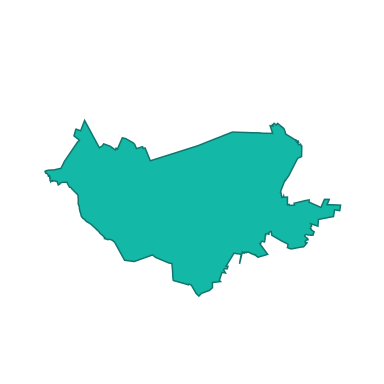 outline of Mapimí, Durango, Mexico, rotated 291°
{"feature_id": "50627088B7119871400855", "entity_name": "Mapimí", "entity_type": "district", "adm_level": 2, "iso_a3": "MEX", "parent_name": "Mexico", "parent_adm1": "Durango", "projection": "robinson", "projection_center": [-104.148, 26.158], "detail": "fine", "context": "isolated", "style": "filled", "palette": "teal", "viewbox_px": 384, "rotation_deg": 291, "n_neighbors": 0, "source": "geoboundaries", "source_scale": "gbopen_adm2", "svg_char_len": 5570}
<svg xmlns="http://www.w3.org/2000/svg" viewBox="0 0 384 384"><g transform="rotate(291 192 192)"><path d="M104.1,153.5L106.4,163.0L119.1,177.7L117.9,181.5L117.4,195.8L118.0,198.9L111.2,202.2L106.4,204.3L102.7,206.2L104.1,222.0L104.9,222.2L104.9,224.6L99.4,231.5L98.9,231.9L97.3,235.7L100.8,237.2L106.3,243.5L110.0,245.4L114.8,243.5L118.6,250.7L119.3,249.2L127.7,248.8L128.4,252.3L130.7,249.4L132.0,249.7L132.9,252.4L135.5,252.2L134.9,250.3L143.5,252.0L149.8,253.0L151.5,260.1L151.2,260.3L150.2,260.5L142.0,262.1L142.9,262.0L154.0,260.5L153.5,261.5L153.9,261.8L153.6,262.3L153.6,262.5L154.3,262.2L154.6,262.4L154.7,264.2L155.2,264.1L155.2,264.3L155.6,265.1L156.0,266.4L156.1,267.7L156.1,267.8L155.8,268.3L155.7,272.0L155.7,273.2L156.1,273.3L156.1,274.1L155.5,274.4L155.1,275.6L155.2,276.1L154.8,276.9L154.7,277.0L155.7,278.2L160.9,285.0L168.0,273.9L168.6,274.5L168.9,274.1L171.0,274.8L171.3,277.5L171.5,277.5L172.0,277.6L172.4,277.4L172.6,277.3L172.9,277.3L173.3,277.1L174.4,277.1L175.1,276.8L175.3,276.6L177.1,276.2L177.3,276.3L177.3,276.2L177.6,276.2L178.1,276.0L178.9,275.9L179.0,275.7L179.3,275.7L179.7,276.8L180.2,277.1L180.1,277.9L179.9,278.2L179.9,278.4L180.0,278.9L180.1,279.0L180.5,278.7L181.6,278.4L182.9,279.1L183.2,279.4L183.4,279.7L183.5,280.1L180.2,282.0L178.4,293.2L177.7,300.4L174.3,301.0L174.2,303.5L174.6,305.4L179.8,313.8L180.5,315.3L180.9,315.9L185.8,317.6L185.9,317.1L185.9,316.9L185.3,316.2L185.4,315.9L185.7,315.7L185.9,315.6L186.3,315.4L187.5,315.5L188.0,315.8L188.1,316.0L188.2,316.3L188.7,316.8L188.8,317.3L188.9,317.5L189.0,317.5L189.4,317.1L189.6,317.0L190.0,316.6L190.2,315.7L190.3,315.4L190.4,315.0L190.5,314.4L190.7,314.1L191.0,313.6L191.1,313.2L191.3,313.0L191.6,312.9L191.8,313.0L192.4,313.0L192.6,313.2L193.3,313.8L193.3,314.1L193.4,314.3L193.4,314.7L193.4,315.8L193.5,315.9L194.0,316.9L194.1,317.3L194.1,318.0L194.5,319.3L195.1,320.2L195.1,320.4L195.3,320.6L195.7,320.4L195.9,320.4L196.2,320.3L196.5,320.3L196.9,320.1L197.2,320.3L197.5,320.2L198.1,320.3L198.4,320.2L198.6,320.3L198.7,320.1L198.7,319.5L199.0,318.8L199.2,317.4L199.3,317.1L199.6,317.1L199.9,316.6L200.0,316.6L200.3,316.3L200.3,315.6L200.5,315.7L201.0,315.7L201.5,315.5L202.0,315.4L202.8,315.4L202.9,315.5L203.0,315.7L203.0,315.8L203.3,315.7L203.6,315.4L204.4,315.3L205.0,314.4L205.2,321.8L208.1,320.9L211.7,319.9L218.7,331.1L219.7,332.9L226.5,331.5L227.5,336.6L233.0,335.4L228.6,322.6L234.3,322.8L233.2,319.9L232.6,318.3L223.8,317.9L224.5,304.9L226.6,304.2L224.9,301.3L218.1,291.4L216.4,292.4L214.4,287.7L215.2,287.2L214.2,285.7L221.5,282.9L220.0,279.7L221.1,279.0L220.6,279.0L220.0,278.9L219.6,278.5L219.5,278.4L219.3,278.2L219.1,277.8L224.0,274.8L223.9,274.6L226.2,274.5L230.4,274.5L232.6,274.5L236.1,274.6L236.0,275.0L241.9,276.5L256.3,278.0L261.5,278.7L264.3,281.6L273.8,278.2L274.5,277.8L274.4,277.3L275.6,276.2L275.3,275.9L275.1,276.0L274.8,275.2L274.4,274.6L275.1,273.6L275.9,272.7L276.0,272.4L276.5,273.8L277.6,273.0L277.2,270.6L277.9,270.3L277.6,269.1L278.0,267.9L279.7,258.7L279.8,258.7L282.9,256.3L283.9,255.3L284.2,254.9L284.9,252.5L285.0,252.7L286.1,249.1L286.4,248.5L286.7,247.3L284.8,246.7L285.5,244.0L283.5,243.3L283.5,243.2L282.6,243.9L281.9,241.2L275.6,246.3L275.2,245.1L273.9,241.6L272.8,238.6L271.5,235.0L271.7,234.9L271.6,234.5L269.7,229.0L268.7,226.6L268.8,226.6L262.4,208.2L255.7,200.8L254.7,199.8L254.4,199.5L249.9,194.5L237.4,181.0L206.2,141.9L216.3,132.4L215.1,130.9L216.6,129.6L212.6,124.6L216.0,121.3L216.7,119.7L216.9,119.0L218.1,110.9L217.6,107.5L205.2,107.0L205.7,105.4L203.8,105.3L205.4,99.2L205.3,92.3L202.8,91.7L200.1,89.6L201.6,87.9L220.3,66.1L209.2,66.1L209.2,61.3L209.0,61.1L202.1,61.7L200.8,65.9L200.5,67.0L199.8,68.4L197.8,67.3L174.8,61.9L166.9,61.2L166.9,60.7L162.6,54.4L162.6,53.9L160.8,49.9L160.3,49.5L160.1,48.9L160.0,48.7L159.8,48.7L159.7,48.3L159.5,48.2L159.4,48.2L159.1,48.2L158.9,47.7L158.7,47.4L158.4,47.6L157.8,48.1L157.1,48.8L157.2,49.2L157.3,49.8L157.1,50.3L156.8,51.0L155.8,52.0L155.4,52.2L155.0,52.5L154.7,52.6L155.1,52.6L155.2,52.8L156.1,52.8L156.3,52.9L156.3,53.0L155.8,53.1L155.5,53.0L155.3,53.0L155.1,53.5L155.0,53.9L154.9,53.8L154.8,54.0L154.7,54.1L154.4,54.2L154.2,54.2L153.9,54.3L154.0,54.5L152.2,55.2L151.4,55.9L151.2,56.4L151.0,56.5L151.5,56.7L151.4,56.8L151.5,56.9L151.8,57.4L152.1,57.7L152.7,57.7L152.8,57.8L152.6,58.1L152.6,58.7L153.2,59.8L153.2,60.4L153.2,61.4L153.3,61.9L153.5,62.3L150.7,64.6L151.0,64.8L151.3,64.9L151.5,65.3L151.7,65.6L152.2,65.6L152.6,65.8L153.0,65.8L153.4,66.2L153.8,66.5L154.0,66.8L154.1,67.0L154.3,67.2L154.5,67.5L155.0,68.6L155.1,69.1L155.2,69.3L155.4,69.4L155.4,69.6L155.6,69.8L155.6,70.2L155.7,70.5L155.8,71.0L156.0,71.3L156.1,71.7L156.0,71.9L156.2,72.0L154.4,73.7L152.6,76.0L152.8,76.6L152.8,77.1L152.8,77.3L151.9,78.7L149.7,83.6L149.7,83.9L149.5,84.0L148.3,86.7L147.7,86.9L143.6,88.8L140.1,90.0L138.8,91.2L138.3,91.8L137.4,92.3L136.6,92.5L136.3,92.8L134.4,93.9L131.2,96.4L130.9,96.5L130.5,96.8L130.0,97.1L129.4,97.7L129.3,98.0L129.0,98.4L128.4,99.3L128.2,100.5L127.6,102.1L127.1,102.8L126.9,103.6L126.5,104.6L126.4,105.1L126.5,105.6L126.4,105.9L126.2,106.5L126.1,107.7L125.9,108.1L125.7,109.3L124.3,112.8L123.3,115.5L122.8,116.0L122.7,116.2L122.8,116.4L122.5,117.3L121.4,119.7L121.2,119.8L121.0,120.2L120.8,120.6L120.5,120.9L120.1,122.1L119.8,123.0L119.3,124.4L118.8,125.3L118.5,125.9L118.4,126.4L118.3,126.8L118.0,126.7L117.5,126.8L117.1,127.0L117.4,128.6L117.4,128.9L117.3,129.2L117.4,130.0L117.3,130.4L118.1,131.7L118.3,132.3L118.4,133.8L118.4,134.7L118.3,135.3L117.9,136.1L117.7,137.1L117.4,137.8L104.1,153.5Z" fill="#14b8a6" stroke="#0f766e" stroke-width="1.5"/></g></svg>